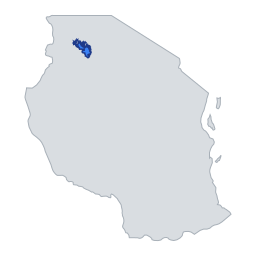 location of Sengerema, Mwanza, United Republic of Tanzania
{"feature_id": "72390352B95612948822264", "entity_name": "Sengerema", "entity_type": "district", "adm_level": 2, "iso_a3": "TZA", "parent_name": "United Republic of Tanzania", "parent_adm1": "Mwanza", "projection": "robinson", "projection_center": [32.45, -2.582], "detail": "fine", "context": "in_parent", "style": "filled", "palette": "blue", "viewbox_px": 256, "rotation_deg": 0, "n_neighbors": 0, "source": "geoboundaries", "source_scale": "gbopen_adm2", "svg_char_len": 7662}
<svg xmlns="http://www.w3.org/2000/svg" viewBox="0 0 256 256"><path d="M91.7,192.1L88.7,190.3L85.9,189.2L83.7,188.0L82.7,186.9L80.6,186.4L78.7,186.2L77.1,185.1L73.6,184.7L73.2,184.0L73.2,182.4L72.6,181.9L71.3,181.5L69.9,181.5L69.1,181.8L68.6,181.6L67.5,180.7L66.5,179.5L66.1,177.5L64.5,176.3L62.7,175.3L57.6,175.4L56.8,175.1L55.6,174.1L54.2,172.5L53.0,170.7L52.0,168.1L51.0,164.7L45.2,151.2L44.6,148.7L43.4,145.8L41.6,142.3L39.6,139.8L36.9,137.4L33.9,135.1L32.2,133.5L29.1,127.1L28.5,124.1L28.0,121.1L28.2,119.8L30.1,115.8L30.3,114.7L30.1,113.2L29.1,110.0L27.9,106.2L25.4,99.2L25.0,97.4L25.1,96.1L26.5,88.9L26.5,87.9L32.3,88.1L36.6,85.0L40.3,80.3L41.0,78.4L42.5,75.4L44.0,73.9L44.6,72.8L45.4,69.9L47.4,67.8L49.3,66.3L48.9,65.2L49.2,64.8L50.2,64.0L52.2,63.3L52.6,61.7L52.6,59.9L52.3,58.9L52.3,57.8L52.0,57.2L50.7,57.0L48.8,56.1L47.1,55.8L46.0,55.2L45.6,54.9L45.4,53.8L46.3,51.1L45.4,50.0L47.4,45.4L47.8,44.9L48.5,44.8L49.7,44.3L50.8,44.1L51.7,44.3L52.3,44.1L52.9,43.6L53.4,42.1L53.8,39.5L53.6,37.4L52.7,35.8L52.5,33.3L52.9,30.0L52.6,27.3L51.7,25.1L50.7,23.8L49.3,23.2L47.0,19.8L46.2,18.2L46.4,17.2L47.2,16.8L48.6,16.9L50.0,16.5L51.3,15.6L52.5,15.4L53.2,15.5L111.4,15.5L179.3,58.4L179.6,59.0L180.1,62.7L180.0,63.9L179.0,66.0L178.6,67.2L178.6,67.9L178.9,68.2L179.8,68.4L180.5,68.9L180.8,69.3L181.4,70.9L182.1,71.7L207.9,92.7L208.5,93.1L208.1,94.8L206.7,99.1L206.6,100.9L206.0,103.0L205.5,104.4L203.9,110.4L202.7,112.7L201.0,118.0L200.7,122.0L201.6,124.8L202.0,127.5L203.9,130.1L205.5,131.0L206.6,132.2L208.5,134.9L209.6,137.7L213.0,139.0L214.3,142.0L213.8,144.1L212.2,145.9L210.7,148.7L209.5,152.4L209.5,158.1L210.3,157.2L212.1,158.6L212.3,162.8L210.4,167.7L209.8,169.9L209.7,171.9L211.1,177.7L213.1,180.7L213.0,181.6L212.4,182.4L215.9,187.6L215.6,192.2L216.9,195.7L217.5,198.8L218.3,201.2L218.5,202.8L217.4,204.6L220.0,205.0L221.5,206.5L222.2,207.9L224.0,207.9L225.0,208.8L226.4,209.6L229.6,212.0L230.5,213.2L231.0,214.3L222.1,221.8L219.0,223.8L216.7,224.6L214.3,225.1L212.0,226.3L209.8,228.2L207.0,229.1L203.6,229.1L200.1,230.4L194.4,234.3L191.2,232.1L188.6,231.4L185.7,231.5L183.9,231.8L183.3,232.2L182.7,233.6L182.2,235.7L180.3,237.8L176.9,239.8L173.8,240.5L170.9,240.0L169.0,239.2L168.0,238.0L166.5,237.5L164.6,237.6L162.7,238.4L160.9,240.0L158.0,240.6L154.1,240.4L152.0,239.7L151.7,238.4L150.0,236.9L146.8,235.1L144.5,235.1L143.0,236.8L141.7,237.8L140.4,238.2L139.3,238.3L137.7,237.8L133.4,237.7L129.3,237.7L128.9,235.3L128.0,233.9L127.3,233.0L125.9,232.8L125.5,232.1L125.0,230.6L124.3,229.3L123.4,228.3L122.8,227.3L122.6,226.4L122.8,225.4L123.6,222.9L123.9,221.2L123.8,219.5L123.4,217.7L122.4,215.6L122.5,215.0L122.2,213.6L122.1,212.6L122.3,211.3L122.1,209.6L121.3,206.1L121.3,205.2L120.4,203.5L117.7,199.5L117.6,198.9L113.3,194.9L111.6,194.0L110.9,194.7L110.7,195.4L110.9,196.7L110.8,197.4L110.6,197.7L109.6,197.6L108.9,197.5L107.3,196.4L106.0,196.1L102.9,196.3L101.8,196.6L100.9,196.3L99.3,194.5L97.3,194.1L95.6,194.0L92.7,191.9L91.7,192.1ZM213.5,124.2L214.9,128.7L214.7,129.5L213.7,130.0L213.2,130.1L212.6,129.3L212.1,127.8L211.4,128.2L210.1,126.4L208.8,126.3L207.7,124.2L208.1,122.3L207.9,119.1L209.3,117.4L210.1,114.7L210.9,116.6L211.1,119.5L212.3,123.0L213.5,124.2ZM220.4,97.5L220.5,98.6L220.3,99.6L220.3,102.8L220.2,104.9L219.1,107.8L218.2,108.8L217.5,108.5L216.8,108.1L216.3,107.3L217.4,101.9L216.9,98.0L218.9,98.4L220.4,97.5ZM217.3,162.1L216.3,162.4L215.9,162.1L215.3,161.2L216.4,160.5L217.4,159.0L219.8,156.9L221.0,155.2L220.8,156.8L219.4,160.5L218.3,160.7L217.3,162.1Z" fill="#d9dde1" stroke="#a8b0b8" stroke-width="1"/><path d="M85.4,56.0L86.1,56.2L86.3,56.4L86.7,56.7L86.9,56.9L87.3,57.3L87.4,57.2L87.7,57.5L88.0,57.7L88.3,57.6L88.5,57.5L88.9,57.1L89.0,56.9L88.8,56.8L89.0,56.9L89.1,56.7L88.9,56.5L88.8,56.0L89.0,55.9L89.3,55.9L89.6,55.7L89.5,55.4L89.2,55.2L89.5,54.9L89.0,54.6L88.9,54.9L89.1,55.1L88.8,54.8L88.0,55.0L88.0,54.7L88.3,54.5L88.5,54.7L88.8,54.6L89.0,54.4L89.9,54.2L90.1,53.8L90.5,53.9L90.6,53.5L90.5,53.0L90.9,52.7L90.7,52.5L90.9,52.3L90.8,51.7L90.2,51.4L89.8,51.2L89.9,50.8L90.1,50.8L90.1,50.7L90.3,50.7L90.0,50.3L89.7,50.5L89.7,50.0L89.5,49.7L90.0,49.8L90.0,49.4L89.8,49.1L90.0,49.1L90.1,48.7L90.3,48.8L90.1,48.4L90.3,48.2L90.1,48.1L89.9,48.2L89.7,48.0L89.7,47.8L89.8,47.7L90.1,47.7L90.2,47.8L90.2,47.7L90.1,47.4L90.1,47.1L89.9,47.1L90.1,46.8L89.8,46.7L89.6,46.7L89.4,46.7L89.5,46.8L89.5,47.1L89.2,46.7L89.1,46.9L89.0,47.0L88.8,47.2L88.8,47.4L88.6,47.7L88.4,47.4L88.6,47.2L88.4,47.0L88.4,46.8L88.2,47.0L87.9,46.9L87.6,47.1L87.3,47.0L87.1,46.7L86.9,46.7L87.4,46.6L87.6,46.4L87.6,46.1L87.6,45.6L87.2,45.5L87.1,45.4L87.2,45.1L86.9,45.1L86.9,44.7L87.1,44.7L87.0,44.1L86.9,44.4L86.7,44.7L86.5,44.8L86.6,45.1L86.5,45.3L86.5,45.8L86.3,46.2L86.0,46.3L85.8,46.7L85.8,47.0L85.4,47.1L85.3,47.3L85.0,47.4L84.5,48.2L84.3,48.2L84.4,48.3L84.2,48.1L84.2,47.9L84.1,47.7L84.2,47.4L84.2,46.9L84.6,47.0L84.7,46.7L84.8,46.0L84.7,45.8L84.5,46.1L84.1,46.0L83.9,46.6L83.6,46.4L83.6,46.2L83.7,45.9L83.5,46.0L83.5,46.3L83.3,46.3L83.2,46.1L82.7,46.4L82.6,46.5L82.5,46.4L82.5,46.2L82.8,45.8L82.8,45.7L82.5,45.8L82.3,45.6L81.4,45.8L81.3,45.4L81.7,45.3L81.6,45.1L81.4,44.8L81.0,44.8L80.8,44.6L80.9,44.4L80.9,43.9L80.7,43.8L80.6,43.5L80.6,43.4L80.9,43.4L81.1,43.4L81.5,43.7L81.3,43.4L81.2,43.2L81.0,43.3L80.9,43.3L80.6,43.0L80.8,42.8L80.8,42.7L80.5,42.3L80.4,41.9L80.2,42.2L80.1,42.3L79.3,42.4L79.1,42.3L79.1,41.9L78.9,41.9L78.9,41.6L78.7,41.8L78.9,42.1L78.8,42.7L79.0,43.1L78.7,43.2L78.3,43.1L78.3,43.4L78.0,43.7L77.9,44.1L77.8,44.3L77.7,44.5L77.2,44.7L76.8,44.5L76.6,44.3L76.3,44.4L76.2,44.5L75.9,44.4L75.6,44.8L75.7,45.2L75.9,45.5L76.3,45.5L76.5,45.7L76.6,46.0L76.5,46.3L76.8,46.4L76.9,46.5L77.0,46.2L77.4,46.2L77.2,46.5L77.5,46.5L77.8,46.7L77.7,46.7L77.8,46.8L77.7,46.9L77.8,47.0L78.0,46.9L78.0,47.1L78.0,47.3L78.1,47.1L78.5,47.0L78.8,47.9L79.1,48.0L79.5,48.5L79.6,49.2L81.2,49.1L82.9,49.4L83.7,49.7L84.2,49.6L84.3,50.0L84.2,50.3L83.1,50.4L82.9,50.6L82.4,50.8L82.4,51.2L82.2,51.5L82.1,51.9L82.4,52.1L82.6,52.6L83.0,52.8L84.1,52.9L84.9,53.2L84.7,53.7L85.0,54.3L85.3,54.7L85.5,55.4L85.4,56.0ZM82.8,42.1L82.5,42.2L82.7,42.6L82.3,42.9L82.2,43.6L82.3,43.9L82.5,43.9L82.8,44.0L82.9,44.3L82.6,44.5L82.6,44.9L82.7,45.2L82.8,45.4L83.3,45.2L83.5,44.8L83.6,45.0L83.8,45.1L83.7,44.8L83.8,44.7L84.1,44.8L84.1,44.5L84.4,44.7L84.4,44.2L84.1,44.2L84.1,43.8L84.4,43.7L84.4,43.2L84.7,43.2L84.8,42.9L84.6,42.5L84.7,42.2L84.5,42.3L84.2,42.2L84.2,42.6L84.0,42.4L83.9,42.5L84.2,43.2L83.8,43.2L83.8,43.3L83.6,43.4L83.4,43.5L83.2,43.4L83.3,43.1L83.1,43.1L83.0,42.9L83.0,42.7L83.3,42.7L83.2,42.2L82.9,42.7L82.7,42.6L82.8,42.3L82.7,42.2L82.8,42.1ZM75.3,41.0L75.1,41.1L74.8,41.7L74.5,41.9L74.2,41.7L74.3,41.9L74.3,42.1L74.1,42.2L73.8,42.1L73.6,42.2L73.6,42.3L73.4,42.6L74.1,42.5L74.4,42.8L74.2,43.0L74.4,43.1L74.6,43.2L74.3,43.2L74.1,43.5L73.9,43.3L73.8,43.5L73.7,43.6L73.7,43.8L73.8,43.7L73.7,44.0L74.1,43.6L74.3,43.8L74.3,44.2L75.4,43.7L75.6,43.4L75.6,43.1L75.8,43.0L75.9,42.9L75.7,42.8L75.7,42.7L76.1,42.2L75.4,42.2L75.5,41.9L75.4,41.8L75.8,41.4L75.4,41.6L75.5,41.1L75.3,41.0ZM88.5,45.4L88.3,45.5L88.7,45.9L88.8,45.7L89.0,45.6L88.5,45.4ZM85.6,42.7L85.6,42.8L86.0,42.9L86.0,42.7L85.6,42.7ZM87.9,45.5L87.5,45.3L87.6,45.5L88.0,45.8L87.9,45.5ZM77.5,39.8L77.3,39.9L77.2,40.0L77.4,40.1L77.5,39.8ZM85.4,42.6L85.4,42.4L85.3,42.6L85.4,42.6ZM87.8,43.7L87.5,43.5L87.8,43.7ZM75.8,41.4L76.0,41.2L75.9,41.0L75.8,41.4ZM86.7,44.0L86.8,44.2L86.7,44.0ZM78.3,41.7L78.2,41.8L78.4,41.9L78.3,41.7ZM77.6,46.7L77.4,46.8L77.5,46.9L77.6,46.7ZM80.6,41.5L80.4,41.4L80.5,41.5L80.6,41.5ZM76.9,39.7L76.9,39.9L77.1,39.9L76.9,39.7ZM83.5,42.1L83.4,42.1L83.4,42.3L83.5,42.3L83.5,42.1ZM79.7,41.0L79.7,40.8L79.7,41.0ZM77.4,40.3L77.4,40.2L77.3,40.3L77.4,40.3Z" fill="#3b82f6" stroke="#1e3a8a" stroke-width="1.5"/></svg>